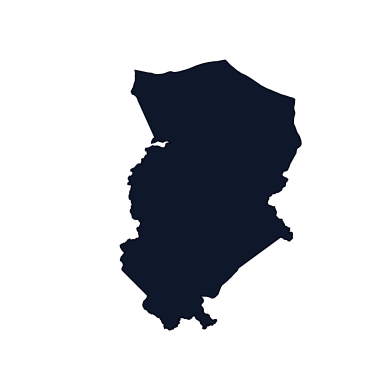 outline of Muaná, Pará, Brazil, rotated 210°
{"feature_id": "56859067B31226280820399", "entity_name": "Muaná", "entity_type": "district", "adm_level": 2, "iso_a3": "BRA", "parent_name": "Brazil", "parent_adm1": "Pará", "projection": "mercator", "projection_center": [-49.315, -1.315], "detail": "fine", "context": "isolated", "style": "filled", "palette": "ink", "viewbox_px": 384, "rotation_deg": 210, "n_neighbors": 0, "source": "geoboundaries", "source_scale": "gbopen_adm2", "svg_char_len": 6000}
<svg xmlns="http://www.w3.org/2000/svg" viewBox="0 0 384 384"><g transform="rotate(210 192 192)"><path d="M301.9,268.8L301.0,267.9L300.4,267.1L299.7,266.0L299.1,264.6L297.7,262.3L296.5,260.1L295.9,256.7L295.5,255.4L295.3,254.3L294.7,253.5L295.0,252.3L294.7,250.4L294.8,248.9L294.1,248.1L292.9,247.4L292.1,247.1L291.2,247.8L290.0,247.4L287.9,247.1L285.2,245.5L284.6,244.7L251.5,220.9L251.2,219.8L252.1,219.0L252.1,218.1L251.9,217.1L252.1,216.0L251.4,214.3L249.2,216.4L247.8,218.7L247.4,219.7L246.2,219.6L244.8,219.9L243.9,220.4L242.9,220.3L242.0,220.9L241.5,222.1L239.6,223.9L238.6,224.4L237.3,223.9L235.7,223.7L235.8,222.3L237.7,221.8L238.3,221.0L238.1,219.8L237.7,218.7L237.6,217.8L238.0,216.4L238.9,215.6L240.3,215.0L243.6,214.7L244.5,214.4L245.7,213.9L246.6,213.0L249.1,212.2L249.7,211.3L250.8,209.1L252.6,207.3L253.6,206.8L253.6,205.6L252.6,204.7L251.9,205.3L250.8,204.5L249.9,203.1L249.0,202.1L249.3,201.2L250.3,200.5L250.3,199.2L250.1,198.0L250.2,196.6L251.3,196.0L251.8,195.1L251.2,194.4L250.3,194.8L249.7,193.9L250.6,192.9L250.1,191.7L249.2,190.8L249.8,190.0L251.1,190.2L252.1,189.4L253.0,188.2L252.9,187.0L253.4,186.1L253.4,185.0L253.7,184.1L255.3,182.0L255.9,180.7L255.3,179.8L254.4,180.1L253.4,180.1L251.7,177.9L252.1,176.9L252.2,175.6L252.9,174.8L253.9,174.4L254.0,173.2L253.9,171.9L252.9,171.2L251.8,170.7L250.9,169.6L251.5,168.8L251.8,167.6L251.2,166.7L250.0,167.1L248.7,167.8L247.5,167.7L247.0,166.7L246.4,164.3L245.6,163.7L245.9,162.6L246.0,161.7L245.5,160.5L244.8,159.5L244.7,158.2L244.3,157.0L242.7,154.8L241.4,155.1L240.4,154.7L238.9,152.5L238.1,152.2L237.2,151.4L237.2,149.2L236.4,148.3L235.9,147.3L236.3,146.0L235.8,144.9L235.2,143.9L234.2,143.6L233.1,142.9L231.6,141.4L230.9,140.3L229.9,140.0L228.6,139.8L226.7,140.5L225.8,141.4L224.5,141.5L223.6,140.9L221.7,140.3L220.4,138.8L220.3,137.6L220.0,136.5L220.3,134.4L221.2,133.9L221.3,132.7L220.6,132.0L219.6,131.3L218.2,130.7L217.4,130.0L217.1,129.1L216.2,128.4L215.3,127.5L215.1,126.5L215.2,125.4L215.6,124.4L216.7,124.1L217.4,122.1L218.2,121.5L219.2,121.2L219.9,120.1L221.2,119.7L222.6,119.8L222.9,118.8L223.6,117.9L223.3,116.8L223.5,115.9L224.1,115.2L224.5,112.9L225.4,113.3L225.8,112.4L226.5,111.8L227.3,109.9L226.5,109.0L225.8,108.2L224.6,107.8L223.5,107.0L220.6,106.1L219.7,105.4L219.7,104.4L220.2,103.5L220.1,102.4L220.6,100.3L220.3,99.2L220.1,98.0L219.6,97.1L218.7,96.9L217.4,96.9L215.8,95.7L214.9,95.1L214.3,92.7L214.3,91.4L214.1,90.4L213.2,89.6L178.5,80.3L177.9,78.1L177.9,76.7L178.9,73.0L178.5,71.7L178.3,70.7L177.8,69.2L176.9,68.7L175.8,67.9L175.0,67.4L173.9,67.1L172.8,67.5L171.6,67.3L169.5,66.4L168.5,66.2L167.5,66.5L166.3,66.3L165.4,67.1L164.5,67.1L163.4,67.2L161.2,67.1L160.4,66.6L158.4,66.6L157.6,67.4L156.6,67.4L156.1,66.4L155.2,66.0L154.2,65.9L153.5,64.9L152.5,64.4L151.6,63.7L150.8,64.0L149.8,63.4L149.1,62.6L149.0,61.6L148.1,61.2L147.5,60.4L146.8,61.2L144.8,61.9L143.9,61.5L142.8,61.3L141.8,62.0L141.2,63.0L139.8,64.4L140.6,65.0L140.0,65.9L139.0,66.6L137.7,68.5L138.4,69.5L138.4,70.6L137.8,71.5L137.6,72.4L139.5,73.0L138.8,74.3L138.7,75.3L140.0,75.2L139.4,77.0L138.9,78.0L137.7,78.3L137.7,79.3L135.8,78.9L134.7,79.1L134.0,80.1L133.0,80.0L132.0,80.0L131.1,80.3L130.5,81.0L130.8,82.0L129.8,82.3L129.6,84.1L128.9,86.1L127.9,85.9L126.9,86.2L126.0,85.4L125.4,84.7L124.3,84.4L122.0,84.4L120.6,84.2L119.6,83.7L119.0,82.9L117.8,82.3L116.8,82.4L114.7,80.9L114.5,79.5L112.9,79.7L112.0,80.8L112.7,81.7L112.0,82.3L112.1,84.4L110.8,84.6L110.1,85.6L110.8,86.4L110.3,87.3L109.3,86.8L108.1,86.8L108.4,87.8L107.5,88.4L107.2,89.3L106.6,90.0L106.7,91.7L106.3,92.6L107.1,93.4L108.4,92.7L108.9,91.8L110.1,91.3L111.2,91.1L114.6,92.4L115.3,93.5L116.4,93.7L117.6,93.7L118.5,93.0L119.5,92.8L120.5,92.9L121.7,93.3L123.0,94.7L123.4,95.7L124.2,96.4L125.3,97.2L126.2,97.3L127.5,97.8L128.1,98.6L128.0,100.5L127.7,101.4L127.6,102.6L127.9,103.5L129.4,104.9L131.9,105.5L132.9,106.2L131.9,107.0L130.8,107.3L127.0,109.4L123.4,110.3L122.1,110.2L121.0,110.9L120.1,111.8L119.6,113.1L118.8,116.1L118.7,117.5L119.1,118.8L119.9,124.2L119.8,126.4L117.3,133.3L117.0,134.8L115.8,138.5L115.7,139.4L114.6,144.1L114.0,145.8L113.8,147.2L114.1,149.3L92.8,197.6L91.6,197.6L90.5,197.9L88.8,197.5L87.8,197.7L85.9,198.6L84.8,198.2L83.6,198.2L83.0,198.9L82.1,202.3L83.0,203.2L83.6,205.0L84.9,206.6L85.8,206.6L86.7,205.9L87.7,205.8L88.8,206.4L88.5,207.4L89.4,209.3L91.5,208.8L92.5,209.1L94.7,208.7L95.5,209.2L95.9,210.1L97.1,210.5L97.9,211.2L99.6,211.9L100.4,213.1L102.8,211.9L104.0,211.9L107.7,213.1L108.3,214.4L108.9,216.5L109.5,217.2L112.2,219.1L113.2,220.3L113.9,219.6L116.4,219.3L118.7,218.8L119.8,218.9L120.8,219.5L121.6,220.2L122.3,222.6L122.2,223.6L122.4,224.7L123.0,225.5L123.3,226.6L122.0,228.0L121.7,228.9L122.0,230.1L121.3,231.1L120.2,231.7L119.4,232.5L119.0,233.7L117.1,235.3L116.4,237.1L115.7,237.8L115.7,239.2L116.2,240.8L115.3,242.5L114.5,243.7L114.8,244.9L115.5,245.9L115.8,247.2L115.5,248.1L115.3,249.6L115.4,250.6L116.7,251.0L120.7,250.6L122.0,250.9L123.2,252.3L123.4,254.4L123.1,255.4L122.7,256.3L122.0,257.0L121.1,257.7L120.6,258.7L120.8,261.7L121.5,265.3L121.7,277.6L122.8,280.5L123.1,281.6L122.9,282.6L122.5,283.7L122.0,284.5L121.6,285.8L121.5,287.0L121.7,288.2L122.7,289.5L123.3,290.5L124.6,291.6L125.3,292.4L127.9,294.3L129.0,294.7L131.6,296.3L135.3,299.5L137.1,300.7L138.2,301.6L138.8,302.3L139.3,303.2L141.2,306.9L142.5,311.5L143.4,312.6L144.5,313.6L146.0,315.3L146.6,316.3L147.5,319.3L149.5,323.4L151.3,323.6L154.4,322.6L157.1,322.2L163.6,320.6L167.2,320.2L173.7,319.3L174.8,319.3L175.7,319.0L179.9,318.5L186.8,318.3L188.0,318.7L189.1,318.6L197.7,319.3L203.8,319.4L209.0,318.9L211.2,319.2L214.4,319.3L218.9,320.2L220.2,320.2L223.4,320.9L225.4,321.6L226.3,321.8L227.3,322.2L229.0,322.6L230.8,321.2L235.6,317.0L237.5,315.9L242.1,312.3L246.4,308.4L250.9,303.5L254.6,298.6L257.8,294.8L262.2,290.3L263.8,288.8L266.3,286.8L267.3,286.2L268.7,285.9L270.4,285.4L271.6,284.5L273.0,282.9L274.2,281.2L276.3,279.1L280.7,276.0L281.6,275.6L284.7,274.5L285.7,274.6L289.6,272.9L301.9,268.8Z" fill="#0f172a" stroke="#020617" stroke-width="1.5"/></g></svg>